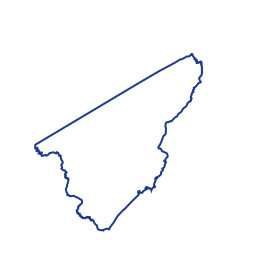 the district of Padilla, Cauca, Colombia, rotated 221°
{"feature_id": "7082276B60306197316687", "entity_name": "Padilla", "entity_type": "district", "adm_level": 2, "iso_a3": "COL", "parent_name": "Colombia", "parent_adm1": "Cauca", "projection": "equal_earth", "projection_center": [-76.342, 3.186], "detail": "fine", "context": "isolated", "style": "outline", "palette": "blue", "viewbox_px": 256, "rotation_deg": 221, "n_neighbors": 0, "source": "geoboundaries", "source_scale": "gbopen_adm2", "svg_char_len": 5617}
<svg xmlns="http://www.w3.org/2000/svg" viewBox="0 0 256 256"><g transform="rotate(221 128 128)"><path d="M128.7,224.5L128.7,222.7L129.0,221.9L130.2,220.9L130.9,219.8L131.1,218.8L132.1,216.2L132.8,214.9L133.4,214.4L133.8,213.4L134.6,210.7L135.8,207.1L141.6,191.9L146.1,178.7L150.1,166.7L187.0,54.5L186.2,53.6L185.2,52.2L184.9,51.9L184.4,51.8L184.1,52.0L183.9,53.1L183.7,53.4L183.0,53.4L182.8,53.3L182.4,51.1L181.8,50.6L181.4,50.8L181.4,52.5L181.2,52.6L180.7,52.4L180.1,51.8L179.3,52.0L179.2,51.9L178.8,50.4L178.7,50.2L177.8,51.0L177.4,52.5L176.9,53.0L176.7,52.9L176.7,52.5L176.8,51.9L177.1,51.0L177.1,50.8L177.1,50.7L175.2,51.1L174.7,50.5L174.3,50.8L173.7,51.7L173.1,53.0L172.9,53.3L172.5,53.5L171.6,53.5L171.2,53.9L171.0,54.8L170.6,56.3L170.7,57.3L170.6,57.8L169.8,58.6L169.3,59.6L168.5,60.5L167.8,61.1L166.8,61.2L165.6,61.6L165.5,62.0L165.7,62.5L165.7,63.2L165.5,63.3L164.8,63.0L164.1,63.4L163.6,62.9L162.7,62.3L161.6,61.9L161.1,62.3L160.9,62.8L160.6,62.6L160.4,62.7L158.7,61.0L157.5,60.4L155.6,59.9L154.4,58.9L154.1,57.7L154.2,57.0L154.0,56.3L153.2,55.9L152.5,55.3L152.0,55.1L151.5,54.1L151.5,53.8L150.9,53.9L150.3,53.5L150.0,53.5L149.4,53.6L147.6,54.6L146.4,54.0L145.9,54.3L145.5,54.3L145.3,54.2L145.0,53.5L145.0,53.3L145.4,52.5L145.3,51.7L144.9,51.2L144.4,51.1L143.6,51.3L143.4,51.0L143.4,50.5L143.5,50.0L143.4,49.7L143.2,49.6L142.5,50.1L142.3,50.1L142.0,49.5L141.8,49.5L141.5,49.7L141.4,50.2L141.1,50.3L140.7,49.9L140.5,50.0L140.1,50.7L139.6,50.6L138.9,49.7L137.4,47.1L136.8,45.4L135.6,43.7L135.1,41.8L134.8,41.2L134.1,40.5L132.4,39.3L131.4,38.9L130.4,38.7L130.2,38.4L130.1,37.8L129.9,37.6L129.4,37.8L128.6,38.4L128.2,38.4L127.8,38.2L127.6,38.2L126.9,39.0L125.7,39.6L124.8,40.9L123.8,41.5L121.3,41.8L120.6,42.3L119.9,42.6L118.8,42.6L116.1,43.2L115.4,43.0L114.9,42.8L114.2,42.1L113.6,41.1L113.4,40.2L113.9,38.8L113.6,37.7L114.0,37.3L114.1,36.9L113.7,36.4L113.9,35.6L113.2,35.2L112.6,34.4L112.8,32.7L112.6,32.3L112.0,32.2L111.5,31.1L110.8,31.0L110.4,31.3L110.1,31.3L109.9,30.5L109.5,30.5L109.1,30.7L108.2,31.6L107.9,31.3L107.0,30.1L106.7,30.2L106.5,30.7L106.1,31.0L105.9,30.8L105.3,30.1L104.7,30.2L104.2,30.8L103.5,30.2L103.1,30.2L102.8,30.4L102.5,31.0L101.9,31.4L101.0,31.7L101.0,32.0L101.2,32.4L101.2,32.7L100.6,33.5L100.6,34.0L100.1,34.3L99.9,33.9L99.3,33.9L99.0,34.0L99.0,34.4L99.2,34.6L99.3,35.0L98.7,35.3L98.5,35.7L98.2,35.7L97.5,35.2L96.8,34.3L96.5,34.2L96.1,34.4L95.4,34.0L95.0,34.0L94.7,34.4L95.0,34.7L94.9,35.3L94.6,35.5L94.2,35.2L93.0,35.3L92.1,34.7L90.9,34.2L89.3,33.9L87.4,34.0L85.8,32.6L84.4,32.0L83.4,32.0L81.9,32.8L80.1,34.1L79.6,34.3L79.9,34.9L79.2,35.7L78.6,37.4L76.6,39.0L75.9,39.0L75.7,39.1L75.7,39.5L76.3,40.4L76.4,40.9L76.7,46.0L76.9,47.7L78.1,54.7L77.8,62.6L77.5,64.5L77.2,65.2L77.3,65.7L77.3,66.8L76.9,75.6L76.4,81.5L76.2,84.7L76.5,85.4L76.8,85.7L77.9,85.8L78.4,86.1L78.6,86.9L78.3,87.8L78.0,88.0L77.7,87.8L77.5,87.0L77.1,86.9L75.6,87.6L74.7,88.5L74.7,88.8L75.0,89.6L75.1,90.1L75.0,90.8L73.9,93.6L73.9,94.0L74.0,94.2L74.5,94.2L75.3,94.0L75.5,94.7L75.4,95.3L75.0,95.9L74.7,96.1L74.3,96.1L74.1,95.9L73.9,95.2L73.5,94.9L73.2,95.1L73.2,95.6L72.9,96.3L72.2,96.9L71.1,96.5L70.0,96.7L69.5,96.4L69.9,97.3L70.1,99.0L70.0,99.4L69.0,100.7L69.0,101.4L69.2,101.6L69.8,101.1L70.1,101.0L70.5,101.3L71.5,103.0L72.2,104.9L72.5,105.3L72.8,106.3L72.9,107.1L73.5,107.3L73.9,107.3L74.2,107.6L74.3,108.0L74.4,109.0L74.1,109.5L73.9,109.5L73.5,109.0L73.3,108.9L73.1,109.1L73.1,109.5L73.6,110.1L73.6,110.4L73.1,111.8L72.8,112.7L72.8,114.6L73.0,115.2L73.9,116.0L74.1,116.4L74.0,118.7L74.0,119.3L74.3,119.5L75.5,119.9L75.0,121.2L74.9,122.2L75.9,124.2L76.5,124.9L76.6,126.4L77.0,127.2L77.4,127.3L77.7,127.2L78.1,126.9L78.6,126.6L78.9,126.6L79.1,126.9L79.2,127.2L78.8,127.7L78.7,128.2L79.3,129.2L79.4,130.6L79.3,132.2L79.5,132.7L80.2,133.3L80.9,133.7L81.2,134.1L81.8,134.3L83.1,134.2L86.5,133.0L87.0,132.9L87.8,133.0L88.8,133.6L89.9,133.7L90.4,133.6L91.3,132.7L92.5,133.3L92.7,133.8L92.8,135.6L93.0,136.6L93.7,139.3L95.9,144.8L95.9,145.7L95.7,146.8L95.7,147.8L95.9,148.6L99.1,152.6L99.7,153.1L100.8,153.7L102.5,156.2L102.6,156.8L102.4,158.1L101.4,158.7L101.3,158.9L101.2,159.6L100.8,160.1L100.7,160.8L100.2,161.3L99.7,161.4L99.6,161.7L99.6,164.8L99.5,166.5L99.3,167.5L98.6,168.5L98.7,169.6L99.2,170.9L99.2,171.4L99.0,172.7L98.6,174.6L98.5,175.2L98.5,175.9L99.0,178.3L99.0,179.6L98.6,180.8L98.5,183.0L98.7,184.3L99.3,185.6L99.3,186.0L99.2,187.4L98.9,187.7L98.9,188.6L98.3,189.4L98.3,189.5L98.5,189.9L99.1,190.5L99.1,191.5L99.3,192.0L99.5,192.1L100.3,191.9L100.5,192.0L100.7,192.5L101.1,192.9L101.4,194.1L101.7,194.5L101.9,194.6L102.0,195.2L102.6,196.3L102.6,197.1L102.2,197.9L102.3,198.3L102.8,198.6L103.3,198.6L103.5,199.1L103.9,199.7L103.9,200.0L103.6,200.2L103.6,200.7L103.7,200.9L104.7,201.5L104.7,201.8L104.1,203.0L104.1,206.5L104.2,208.2L103.3,209.8L103.2,210.4L103.3,210.5L105.0,211.0L106.7,211.9L107.1,212.7L107.0,213.5L107.3,214.1L107.1,214.9L107.1,216.0L108.1,217.6L108.2,218.3L108.5,218.6L108.9,218.6L109.0,219.0L109.4,219.5L110.6,220.3L110.7,220.8L111.1,221.2L111.3,221.7L111.7,221.9L112.2,222.7L112.5,222.9L113.2,222.9L113.4,223.3L113.5,223.6L113.9,223.9L114.2,224.3L114.5,224.3L114.9,224.1L115.1,224.2L115.2,224.5L115.1,225.3L115.4,225.7L116.1,225.9L116.8,225.9L117.1,225.3L117.7,223.1L118.2,222.8L118.7,222.1L119.1,222.2L119.1,222.6L118.9,223.1L118.9,223.5L119.2,223.6L119.6,223.4L120.1,223.7L120.4,223.3L120.7,223.2L120.9,223.6L120.8,224.3L121.5,224.3L121.9,224.4L122.5,223.6L122.9,223.5L123.3,223.7L123.5,224.3L123.7,224.6L125.3,224.7L126.6,225.2L127.2,225.0L127.5,225.5L127.9,225.2L128.0,225.2L128.3,225.7L128.5,225.6L128.5,224.7L128.7,224.5Z" fill="none" stroke="#1e3a8a" stroke-width="2"/></g></svg>